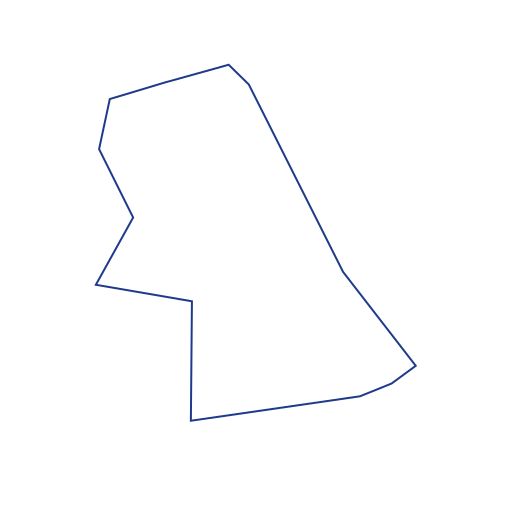 Ventspils, Natural Earth projection, rotated 106°
{"feature_id": "LVA-4852", "entity_name": "Ventspils", "entity_type": "Republican City", "adm_level": 1, "iso_a3": "LVA", "parent_name": "Latvia", "parent_adm1": "", "projection": "natural_earth1", "projection_center": [21.584, 57.407], "detail": "fine", "context": "isolated", "style": "outline", "palette": "blue", "viewbox_px": 512, "rotation_deg": 106, "n_neighbors": 0, "source": "natural_earth", "source_scale": "10m", "svg_char_len": 329}
<svg xmlns="http://www.w3.org/2000/svg" viewBox="0 0 512 512"><g transform="rotate(106 256 256)"><path d="M79.7,335.0L93.1,310.2L247.3,167.9L317.5,72.2L341.2,90.5L362.2,117.4L432.3,273.2L317.2,305.1L327.8,402.0L252.9,384.7L196.5,436.3L145.4,439.8L114.5,391.7L79.7,335.0Z" fill="none" stroke="#1e3a8a" stroke-width="2"/></g></svg>